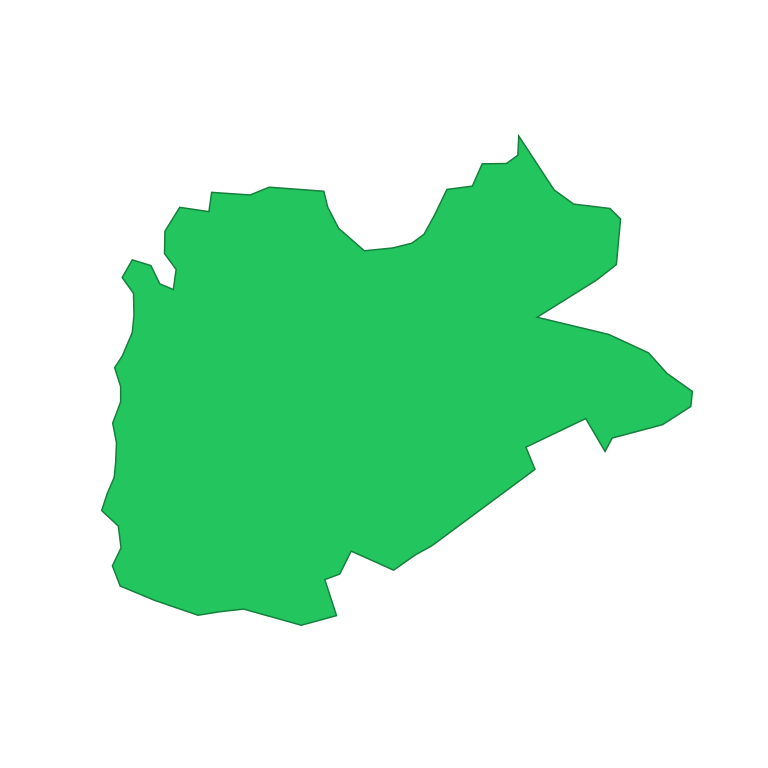 the district of Cerro Grande, Rio Grande do Sul, Brazil, rotated 349°
{"feature_id": "56859067B54917241472835", "entity_name": "Cerro Grande", "entity_type": "district", "adm_level": 2, "iso_a3": "BRA", "parent_name": "Brazil", "parent_adm1": "Rio Grande do Sul", "projection": "orthographic", "projection_center": [-53.164, -27.629], "detail": "fine", "context": "isolated", "style": "filled", "palette": "green", "viewbox_px": 768, "rotation_deg": 349, "n_neighbors": 0, "source": "geoboundaries", "source_scale": "gbopen_adm2", "svg_char_len": 1065}
<svg xmlns="http://www.w3.org/2000/svg" viewBox="0 0 768 768"><g transform="rotate(349 384 384)"><path d="M563.6,166.3L559.0,185.0L546.2,190.9L522.4,186.6L508.5,206.6L482.9,205.0L466.1,227.5L451.9,244.6L438.3,251.1L418.2,252.1L390.1,249.5L369.2,222.6L362.5,199.7L361.7,183.3L308.9,168.9L288.6,172.9L251.4,163.0L245.0,181.4L217.2,171.6L198.1,192.2L193.4,214.1L201.8,231.8L195.2,251.1L183.0,242.9L177.8,223.3L160.6,214.1L147.3,229.5L155.4,247.2L151.7,268.8L146.7,285.5L132.5,306.5L122.7,316.6L125.0,336.2L122.1,351.3L110.2,370.6L110.2,390.6L105.6,409.9L101.3,424.3L91.4,438.7L82.7,454.4L96.1,472.8L94.6,494.7L82.7,510.7L86.5,532.0L117.5,552.6L157.3,575.5L178.7,576.2L203.1,578.1L256.7,605.0L293.2,602.3L288.6,564.7L304.3,562.1L319.9,541.8L357.9,568.6L382.0,557.8L400.2,551.9L515.9,496.6L511.3,473.1L575.4,456.4L588.1,492.4L597.7,480.6L649.9,477.0L680.9,464.6L685.3,450.2L663.8,427.6L649.7,404.0L614.0,378.2L547.0,347.7L612.6,322.5L634.9,311.1L647.7,267.2L639.3,254.8L604.5,243.6L588.0,225.9L563.6,166.3Z" fill="#22c55e" stroke="#15803d" stroke-width="1.5"/></g></svg>